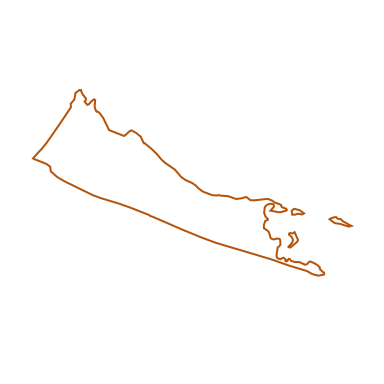 Suffolk, New York, United States of America (Mercator projection), rotated 43°
{"feature_id": "52423323B61185146991898", "entity_name": "Suffolk", "entity_type": "district", "adm_level": 2, "iso_a3": "USA", "parent_name": "United States of America", "parent_adm1": "New York", "projection": "mercator", "projection_center": [-72.547, 40.95], "detail": "fine", "context": "isolated", "style": "outline", "palette": "amber", "viewbox_px": 384, "rotation_deg": 43, "n_neighbors": 0, "source": "geoboundaries", "source_scale": "gbopen_adm2", "svg_char_len": 2770}
<svg xmlns="http://www.w3.org/2000/svg" viewBox="0 0 384 384"><g transform="rotate(43 192 192)"><path d="M52.8,275.9L54.0,275.6L66.3,270.8L71.0,270.2L74.7,273.2L82.5,273.0L83.0,273.0L87.2,272.1L93.0,270.7L104.7,267.1L121.5,262.0L129.4,258.7L146.1,250.5L155.5,246.4L157.3,245.6L175.0,238.6L177.0,237.9L177.8,238.1L179.2,237.3L182.4,236.1L211.2,225.9L230.5,218.6L244.3,212.8L296.7,186.8L312.6,179.9L330.0,171.4L336.0,170.0L341.5,167.0L344.8,162.4L344.6,161.7L343.3,160.9L342.3,161.3L338.6,161.2L337.5,160.8L336.8,159.9L333.0,160.0L329.5,160.8L325.6,162.3L325.2,164.1L325.4,165.1L325.3,166.5L324.2,168.1L318.2,170.1L315.2,172.9L311.4,174.8L309.2,174.3L308.4,174.8L308.4,176.0L308.8,177.5L308.4,178.3L307.7,178.6L307.4,178.7L307.2,178.7L306.6,177.5L303.8,177.6L303.3,178.3L303.1,179.0L302.6,180.8L300.2,182.0L299.0,182.0L297.7,181.3L296.4,179.9L292.4,174.0L292.9,172.2L292.5,170.1L289.4,167.1L288.2,166.6L287.7,166.7L285.5,168.5L284.6,170.4L283.9,171.1L282.5,171.8L280.4,171.9L277.5,169.9L275.3,168.9L273.1,168.8L269.5,169.5L267.1,167.2L265.3,163.1L266.5,160.9L265.8,160.0L262.6,159.9L258.9,158.0L255.6,153.5L255.6,152.2L255.6,150.2L257.2,147.2L258.8,146.0L259.8,145.7L261.0,145.8L262.1,147.3L262.1,152.1L268.6,148.1L270.8,146.0L273.7,141.2L273.7,140.5L272.3,140.0L268.1,141.8L267.2,141.6L266.1,140.7L263.8,141.4L259.8,143.3L256.5,143.6L252.1,145.3L243.0,155.9L240.2,158.2L235.1,158.6L232.2,163.3L229.1,167.0L220.9,170.6L215.6,175.0L213.5,176.1L212.7,177.5L209.0,180.5L199.7,184.3L194.4,184.9L190.3,184.7L186.1,185.3L179.1,187.7L173.8,188.4L164.2,187.3L152.6,189.0L147.8,189.1L140.1,188.2L132.5,188.1L124.2,188.6L123.6,189.2L122.5,188.8L116.6,186.5L114.1,186.7L111.2,186.8L105.6,188.2L104.8,190.8L104.5,195.9L104.1,197.1L104.0,197.4L89.1,203.3L87.6,202.7L76.8,198.5L70.1,197.2L67.7,197.8L67.4,198.3L66.1,198.0L63.6,196.7L62.0,195.3L58.6,190.9L57.3,190.9L57.1,191.2L56.6,194.1L56.7,198.4L56.1,199.6L51.9,199.2L51.8,198.3L51.7,197.2L50.4,195.9L45.4,195.2L42.7,194.1L41.4,193.1L40.2,194.2L39.3,198.8L39.2,198.9L42.9,204.7L43.1,210.2L45.7,212.7L48.9,232.7L49.1,233.7L50.1,241.1L50.6,244.0L51.1,248.0L51.3,248.9L51.3,249.3L51.5,250.6L52.0,254.4L52.1,254.7L52.8,264.6L52.6,265.6L52.8,275.9ZM311.5,116.7L311.2,118.1L317.6,117.4L319.0,116.5L322.0,114.3L325.0,112.9L328.0,111.5L330.1,110.5L331.7,108.1L328.5,109.0L326.8,109.4L321.7,110.6L319.7,110.3L316.7,112.2L314.5,112.1L313.7,112.9L312.5,114.8L311.5,116.7ZM291.4,155.7L291.6,156.6L292.1,157.0L295.6,156.9L298.2,157.9L298.8,158.5L299.9,161.1L299.9,166.3L300.2,166.5L301.8,165.5L302.9,156.7L302.3,154.8L294.4,151.4L294.1,153.2L293.4,154.1L291.8,155.0L291.4,155.7ZM278.1,134.7L277.7,137.8L280.8,140.2L283.0,138.0L284.1,135.8L288.0,133.2L288.5,131.2L282.8,132.0L278.1,134.7Z" fill="none" stroke="#b45309" stroke-width="2"/></g></svg>